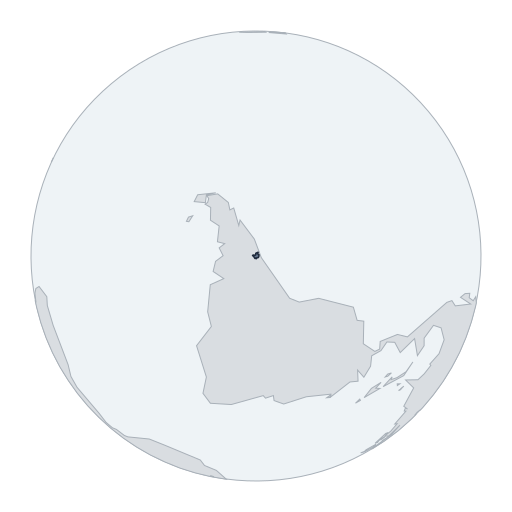 Región Metropolitana de Santiago highlighted on a globe, orthographic projection, rotated 140°
{"feature_id": "CHL-2698", "entity_name": "Región Metropolitana de Santiago", "entity_type": "Region", "adm_level": 1, "iso_a3": "CHL", "parent_name": "Chile", "parent_adm1": "", "projection": "orthographic", "projection_center": [-70.53, -33.621], "detail": "fine", "context": "on_globe", "style": "filled", "palette": "slate", "viewbox_px": 512, "rotation_deg": 140, "n_neighbors": 0, "source": "natural_earth", "source_scale": "10m", "svg_char_len": 4220}
<svg xmlns="http://www.w3.org/2000/svg" viewBox="0 0 512 512"><g transform="rotate(140 256 256)"><circle cx="256" cy="256" r="225" fill="#eef3f6" stroke="#a8b0b8"/><path d="M225.8,32.7L229.8,32.3L228.9,32.6L233.0,32.7L236.8,32.0L234.9,31.8L241.5,31.2L259.1,30.7L276.7,31.7L290.4,33.5L291.4,33.9L282.2,33.3L266.4,32.2L254.5,33.9L270.0,32.8L272.4,34.7L276.1,35.3L280.6,35.6L282.7,35.0L285.2,36.0L270.7,36.7L268.2,35.8L272.9,35.4L265.4,35.2L255.7,36.8L257.7,38.1L240.9,40.8L242.1,42.0L239.1,43.6L238.3,41.3L239.4,45.9L220.0,53.6L221.1,64.9L211.5,57.1L202.9,57.6L192.4,59.8L192.3,61.5L178.6,63.5L165.7,70.9L160.4,82.0L164.6,88.8L180.0,85.0L184.9,79.2L196.4,75.9L187.6,90.8L207.6,89.3L205.2,100.7L211.0,106.0L221.1,103.2L231.5,105.2L239.1,97.9L251.3,93.8L251.5,103.3L258.3,94.5L265.0,99.1L289.3,100.0L287.4,102.0L307.9,115.8L329.9,124.8L335.1,133.6L332.4,137.9L340.1,141.0L340.2,144.4L370.4,158.1L385.6,172.5L384.9,184.9L371.8,195.2L359.2,225.5L335.5,230.7L328.9,244.3L309.5,263.4L295.2,259.4L298.8,271.7L290.4,277.9L281.0,277.4L279.0,285.9L272.0,285.6L276.4,291.7L264.9,302.7L267.9,312.7L259.5,322.3L261.7,328.4L258.6,328.1L255.3,330.4L254.9,333.8L245.4,328.2L242.8,314.8L246.4,308.1L242.2,307.1L249.6,290.4L245.1,293.8L246.4,270.0L253.0,251.3L257.4,202.0L252.5,192.9L235.2,183.3L214.3,154.2L219.9,141.7L215.3,136.8L230.2,119.8L226.3,106.5L221.1,105.2L215.8,110.7L198.1,105.0L192.0,96.7L139.6,97.8L134.6,95.9L135.4,89.7L122.4,81.2L125.9,92.9L120.0,92.8L116.2,90.0L119.5,87.0L118.4,82.1L113.8,83.6L117.3,78.5L119.7,76.6L133.3,67.1L147.5,58.6L162.3,51.1L177.7,44.8L193.4,39.6L209.5,35.6L225.8,32.7ZM219.7,69.4L242.6,74.2L229.4,75.9L231.9,74.4L226.2,72.2L215.4,70.9L203.9,74.0L219.7,69.4ZM230.4,61.4L226.4,61.3L230.4,60.9L230.4,61.4ZM261.3,340.4L246.2,330.3L254.7,334.7L260.5,329.4L268.4,337.4L261.3,340.4ZM278.6,327.5L285.4,325.4L287.0,327.3L282.7,329.2L278.6,327.5ZM457.0,357.8L453.7,364.0L453.7,362.9L449.3,369.6L445.5,372.6L441.8,372.1L442.4,359.3L447.7,352.2L456.0,333.2L469.8,293.5L475.2,282.7L477.5,270.5L477.3,236.5L477.8,225.0L476.4,216.7L474.4,212.9L472.2,203.1L470.4,199.8L455.4,184.4L447.4,169.5L429.8,135.5L430.1,128.6L424.2,117.3L422.2,104.0L432.6,116.2L442.1,129.1L450.7,142.6L458.2,156.8L464.8,171.4L470.3,186.5L474.7,201.9L478.0,217.6L480.1,233.4L481.2,249.4L481.1,265.5L479.8,281.4L477.5,297.3L474.0,312.9L469.4,328.3L463.7,343.3L457.0,357.8ZM430.0,114.0L431.9,116.8L432.0,116.8L430.0,114.0ZM290.1,99.9L293.0,102.0L289.1,101.7L290.1,99.9ZM227.4,79.4L232.3,79.2L234.8,80.3L231.0,80.9L227.4,79.4ZM268.8,78.3L274.4,79.3L268.5,79.7L268.8,78.3ZM246.2,74.9L264.2,78.0L252.7,80.4L241.4,78.8L249.3,77.8L246.2,74.9ZM227.9,65.6L231.0,65.9L230.0,67.3L227.9,65.6ZM233.3,61.2L232.1,61.4L230.6,60.5L233.3,61.2ZM273.3,34.7L274.5,34.6L279.0,35.0L276.9,35.2L273.3,34.7ZM299.0,36.3L302.4,37.9L298.5,36.6L296.2,36.8L285.1,34.7L291.4,34.0L290.5,34.5L299.0,36.3ZM272.0,32.6L278.4,33.5L271.2,32.6L272.0,32.6ZM351.1,460.2L348.1,461.6L350.9,460.3L352.5,459.6L351.1,460.2ZM104.9,422.3L104.0,420.6L110.5,425.9L118.7,432.6L125.0,438.2L104.9,422.3ZM99.3,417.0L93.5,411.4L89.7,408.0L92.3,410.1L89.5,406.0L102.6,419.0L99.3,417.0Z" fill="#d9dde1" stroke="#a8b0b8" stroke-width="1"/><path d="M257.4,253.8L257.4,254.1L257.4,254.3L257.5,254.4L257.6,254.5L257.8,254.7L258.1,254.5L258.3,254.6L258.4,254.9L258.4,255.1L258.3,255.3L258.3,255.6L258.2,255.7L258.1,255.8L258.1,256.1L258.2,256.4L258.2,256.5L258.1,257.0L258.0,257.3L258.2,257.6L258.2,257.9L258.2,258.0L258.3,258.3L258.3,258.5L258.0,258.6L257.9,258.6L257.6,258.6L257.5,258.4L257.4,258.3L257.2,258.2L257.2,257.9L256.9,257.8L256.7,257.7L256.5,257.4L256.4,257.2L256.2,257.1L255.8,257.2L255.7,257.2L255.4,257.2L255.4,257.3L255.2,257.3L255.1,257.5L254.8,257.8L254.6,258.1L254.3,258.2L254.2,258.2L253.9,258.1L253.5,257.8L253.4,257.8L253.2,257.9L253.0,257.7L252.8,257.6L252.7,257.6L252.4,257.7L252.2,257.5L252.1,257.4L252.5,257.2L252.8,256.9L253.1,256.8L253.1,256.7L253.1,256.4L253.3,256.2L253.3,255.8L253.3,255.6L253.0,255.3L252.9,255.1L253.0,254.9L254.2,253.8L254.3,253.7L254.6,253.6L254.8,253.5L255.1,253.4L255.3,253.4L255.4,253.6L255.5,253.6L256.1,253.8L256.4,253.9L256.5,254.0L256.8,254.2L257.2,253.8L257.4,253.8L257.4,253.8Z" fill="#64748b" stroke="#1e293b" stroke-width="1.5"/></g></svg>